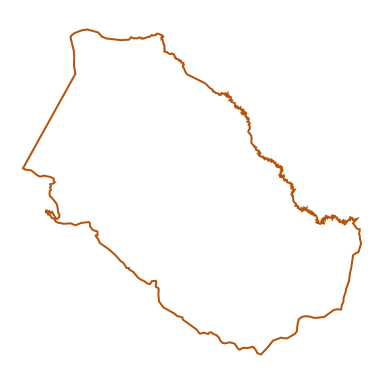 Na Mon, Kalasin, Thailand (Mercator projection)
{"feature_id": "78962969B62182146168517", "entity_name": "Na Mon", "entity_type": "district", "adm_level": 2, "iso_a3": "THA", "parent_name": "Thailand", "parent_adm1": "Kalasin", "projection": "mercator", "projection_center": [103.83, 16.584], "detail": "fine", "context": "isolated", "style": "outline", "palette": "amber", "viewbox_px": 384, "rotation_deg": 0, "n_neighbors": 0, "source": "geoboundaries", "source_scale": "gbopen_adm2", "svg_char_len": 5957}
<svg xmlns="http://www.w3.org/2000/svg" viewBox="0 0 384 384"><path d="M260.9,354.5L267.3,347.8L273.0,340.7L281.1,337.6L283.4,338.3L287.2,338.3L295.0,333.8L296.8,331.4L297.6,324.0L298.9,319.1L301.8,317.0L303.8,316.4L308.6,316.3L314.7,318.0L324.1,317.0L333.9,309.9L337.3,309.3L341.1,309.5L341.8,305.4L343.5,301.3L343.6,297.9L345.3,293.1L346.2,288.7L349.0,281.0L350.0,272.9L351.1,268.6L353.1,255.1L356.7,252.7L358.4,252.2L360.8,244.5L361.0,242.8L360.0,239.3L359.8,235.7L359.1,234.5L359.8,229.3L356.9,228.6L353.0,223.2L356.9,218.9L352.9,220.0L352.6,218.5L351.8,218.5L351.8,217.8L350.2,217.3L350.0,218.1L351.1,218.3L350.1,219.4L350.0,220.2L348.7,219.8L346.9,222.0L345.5,220.8L345.0,221.0L345.8,222.3L345.4,224.0L344.7,224.4L344.3,223.7L343.1,223.3L343.8,221.1L343.4,220.2L342.2,221.2L343.1,221.7L342.7,222.4L339.4,222.0L338.8,221.0L339.7,220.9L339.7,219.8L336.6,218.7L336.8,217.4L335.0,217.1L334.8,215.8L332.0,215.6L331.8,216.6L333.4,217.6L332.6,218.8L332.6,217.7L331.8,218.1L331.2,217.2L330.0,217.8L328.7,216.9L327.7,218.0L327.2,216.6L326.1,215.8L325.6,216.4L326.2,217.8L325.9,218.2L325.6,217.7L324.7,218.1L324.8,219.4L323.5,218.1L322.3,219.4L323.2,220.3L323.4,222.2L324.0,222.5L323.8,223.5L322.5,223.2L322.7,222.2L322.3,221.1L321.5,220.9L321.2,221.9L321.6,223.1L320.2,223.9L319.1,223.4L318.6,222.2L317.6,223.0L316.5,222.5L317.9,220.6L316.3,219.9L317.2,218.6L316.2,215.8L315.5,215.0L314.3,215.5L313.7,213.6L312.8,214.5L311.8,213.8L312.2,212.5L311.8,211.6L310.8,211.5L310.6,213.3L309.3,212.0L308.4,212.2L308.1,211.8L308.8,210.4L306.3,210.5L306.5,208.3L306.2,208.7L304.8,208.0L305.3,209.0L304.8,209.6L303.0,208.7L303.7,209.9L302.5,210.8L302.6,209.3L301.6,209.3L301.3,210.2L299.7,209.3L299.7,208.4L297.8,208.1L297.7,207.5L298.3,207.1L297.7,205.9L295.4,205.7L296.2,204.3L293.4,201.1L292.9,196.4L292.3,196.0L292.7,195.3L291.5,194.4L292.2,193.6L291.8,192.3L293.3,192.0L294.7,189.7L293.3,189.9L293.5,189.2L291.6,188.5L292.8,187.1L291.3,186.9L291.1,186.4L292.3,185.1L291.5,184.7L291.8,183.8L290.0,183.4L290.0,182.7L288.3,182.7L287.1,182.1L286.9,180.1L286.0,179.9L285.2,180.5L285.0,179.6L283.9,179.7L283.5,178.2L283.8,176.9L283.0,177.2L282.3,176.4L282.9,175.6L281.5,176.0L281.2,177.1L280.2,177.0L279.6,175.3L280.6,175.4L279.6,174.7L280.9,174.0L280.5,172.2L281.4,171.9L281.2,170.3L282.0,171.1L282.5,170.1L281.9,169.6L282.1,167.9L281.6,166.7L281.2,166.5L281.4,167.2L280.0,167.6L279.6,166.8L278.8,166.9L278.7,166.3L277.7,166.8L277.7,165.4L276.7,166.5L276.0,165.7L276.7,164.6L275.5,164.2L275.5,162.6L274.1,162.8L273.5,161.1L272.0,161.6L272.4,160.5L271.1,159.3L270.6,159.5L271.1,160.1L270.3,160.8L268.4,159.0L267.9,160.3L266.3,158.3L265.0,159.0L265.0,157.9L263.7,157.6L263.3,156.7L263.0,156.8L263.1,157.7L261.7,156.5L260.0,156.4L258.3,154.1L259.9,154.1L260.2,153.4L259.4,153.1L259.8,152.4L259.3,151.5L258.5,151.8L258.5,150.6L256.3,150.0L255.4,148.0L256.0,147.4L254.5,147.0L254.4,145.8L253.7,145.7L251.8,143.5L251.3,142.3L251.6,137.6L251.1,135.3L248.3,131.9L248.7,130.1L249.7,128.9L249.7,126.1L248.6,124.8L249.9,123.5L248.9,122.2L247.7,121.8L248.6,121.2L248.1,119.5L248.8,119.1L248.5,118.3L247.1,118.8L246.4,117.6L247.0,117.9L247.3,117.5L245.5,115.9L245.6,114.9L245.1,114.3L246.2,113.6L246.2,113.0L245.4,112.2L244.5,112.5L243.5,114.2L242.6,114.2L243.6,112.4L243.0,113.0L241.9,112.7L243.8,111.5L243.3,109.6L242.5,109.5L242.8,110.8L242.1,111.2L241.9,109.6L240.9,109.5L240.4,107.4L238.8,108.8L238.0,108.2L238.7,107.7L237.7,107.5L237.7,106.6L237.2,106.4L237.0,107.1L236.3,106.3L236.6,107.7L236.0,107.7L235.0,106.5L235.1,104.3L234.6,103.0L231.6,102.0L230.9,100.5L229.6,100.4L230.2,99.7L231.6,99.7L230.5,98.5L230.9,97.2L229.4,96.7L228.9,97.0L228.6,95.4L227.1,96.7L225.8,95.5L226.8,95.0L227.3,93.4L226.5,94.0L225.6,93.5L225.6,94.5L222.0,93.0L221.1,93.5L221.6,94.1L220.9,94.8L219.3,94.9L218.3,93.5L215.8,93.1L214.5,91.7L212.9,91.4L212.6,90.9L212.9,90.3L212.1,89.3L209.6,87.9L206.2,84.2L204.0,82.7L187.1,74.4L185.6,72.3L183.7,67.8L182.9,67.3L182.9,66.1L183.8,64.9L183.1,64.2L183.4,62.9L181.3,62.5L181.0,61.0L180.5,61.2L179.7,60.3L179.0,60.6L178.5,60.1L179.0,60.1L178.8,59.6L175.6,58.5L175.8,57.7L174.5,56.8L174.6,55.7L174.0,54.3L172.9,54.4L171.8,53.4L170.4,54.2L168.2,53.3L167.1,52.2L164.5,51.5L164.9,51.1L164.4,49.7L164.8,49.1L164.3,48.6L164.6,45.8L163.6,44.8L163.9,43.8L163.2,42.7L162.4,39.4L161.5,39.4L161.9,38.0L161.5,37.5L163.2,36.8L162.6,35.7L159.0,34.0L156.7,33.6L156.2,34.8L155.4,35.1L152.3,35.5L151.8,35.0L149.5,36.9L148.9,36.6L143.5,38.7L142.4,38.2L141.4,38.6L141.2,37.9L139.1,37.4L137.7,38.3L134.0,38.4L131.1,37.2L129.1,39.6L121.4,40.2L106.6,38.5L102.0,36.8L98.1,32.4L87.4,29.5L82.2,30.2L74.5,33.1L71.2,35.7L70.5,37.4L73.8,50.8L74.2,56.8L74.0,65.7L75.4,73.8L23.0,168.3L25.4,169.6L31.2,170.4L37.3,175.3L39.6,176.4L41.9,176.5L43.2,175.6L50.2,176.9L53.7,178.6L53.7,180.9L54.8,182.3L53.1,183.5L50.2,184.3L51.0,186.1L50.0,187.4L50.9,189.5L50.8,190.1L49.8,190.8L49.5,194.6L50.3,196.7L51.4,197.2L56.5,203.6L57.5,206.8L58.1,212.1L59.2,214.2L59.5,216.0L59.1,217.3L56.9,219.0L55.6,218.0L52.1,212.1L51.7,213.1L50.6,212.7L48.8,210.4L49.2,212.3L46.7,211.5L46.7,210.5L46.0,210.6L45.9,212.2L47.7,213.2L48.2,214.6L49.6,214.7L51.0,216.2L51.3,217.5L54.3,219.0L55.5,221.3L57.7,222.6L63.9,223.8L70.5,223.3L75.5,225.3L81.2,222.9L88.8,222.1L89.9,223.3L90.0,226.4L92.9,230.1L97.4,231.4L97.6,235.2L95.7,235.5L96.8,237.8L98.0,238.7L99.8,243.0L107.9,248.6L114.4,254.1L120.7,261.1L123.2,262.7L126.5,267.9L129.0,268.1L128.8,269.1L133.4,272.1L138.3,277.9L141.3,279.9L144.0,281.0L147.5,283.5L150.0,284.1L151.9,281.2L155.8,280.8L156.3,282.8L155.7,286.7L158.4,288.2L158.7,288.8L158.4,294.6L159.0,301.4L163.3,307.3L175.4,314.2L176.7,315.8L182.5,317.5L182.7,319.5L196.8,329.7L199.4,333.4L200.2,333.6L204.0,332.7L208.0,334.0L209.7,332.4L211.4,332.4L213.6,334.2L216.1,334.9L218.9,337.5L220.4,340.9L222.6,342.9L225.1,343.4L229.8,342.3L233.8,343.4L235.1,344.1L237.8,348.6L239.8,349.6L243.0,347.8L247.0,348.1L252.9,346.8L255.6,349.6L257.3,353.1L260.9,354.5Z" fill="none" stroke="#b45309" stroke-width="2"/></svg>